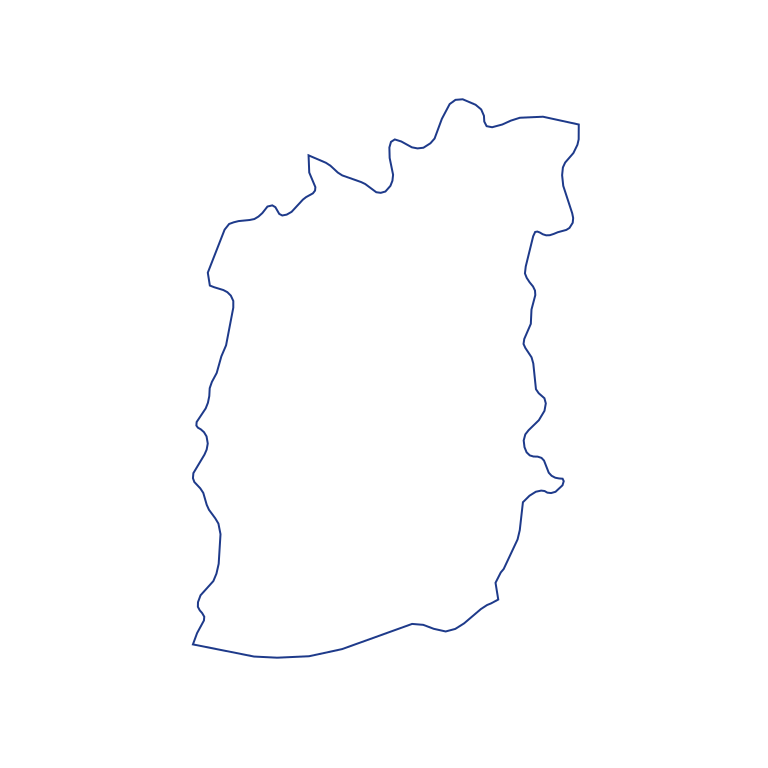 the County of Bacau, rotated 104°
{"feature_id": "ROU-312", "entity_name": "Bacau", "entity_type": "County", "adm_level": 1, "iso_a3": "ROU", "parent_name": "Romania", "parent_adm1": "", "projection": "robinson", "projection_center": [26.661, 46.412], "detail": "fine", "context": "isolated", "style": "outline", "palette": "blue", "viewbox_px": 768, "rotation_deg": 104, "n_neighbors": 0, "source": "natural_earth", "source_scale": "10m", "svg_char_len": 2459}
<svg xmlns="http://www.w3.org/2000/svg" viewBox="0 0 768 768"><g transform="rotate(104 384 384)"><path d="M272.8,576.0L266.2,573.0L263.5,569.0L261.1,564.5L257.4,554.1L255.3,549.7L251.9,546.3L247.6,543.4L240.0,540.0L237.7,535.6L238.7,532.2L244.3,526.8L245.1,523.5L243.2,519.4L239.3,515.3L224.7,507.3L221.5,504.8L216.2,499.1L213.0,497.7L209.6,498.2L196.9,507.7L180.4,512.5L183.4,493.9L185.2,488.7L190.0,480.0L191.7,475.0L193.6,455.0L194.5,450.6L199.8,437.9L199.3,433.4L196.9,429.2L190.2,425.7L184.7,425.0L178.8,425.8L163.3,433.2L153.2,436.0L147.4,435.8L144.1,432.7L144.5,425.9L147.6,414.2L147.3,408.5L145.2,402.9L139.2,397.2L133.6,394.3L112.7,392.0L96.5,388.0L91.0,383.4L88.7,376.5L90.9,362.7L94.1,356.1L99.6,351.9L105.1,350.2L109.0,346.8L108.7,341.2L103.6,332.0L97.8,324.7L92.8,316.6L86.2,294.4L85.1,257.8L99.5,254.3L105.1,254.2L114.1,256.1L125.3,261.8L130.6,262.8L138.3,261.7L148.4,258.0L172.8,242.7L177.2,240.6L181.9,239.9L187.7,241.8L190.4,244.4L194.7,252.1L197.3,255.6L199.5,259.1L200.5,262.6L200.3,266.1L199.3,269.5L199.0,272.1L199.9,274.1L204.5,275.0L235.7,274.9L242.6,274.0L246.5,271.2L250.1,267.3L253.3,263.0L256.8,260.1L261.1,258.7L276.1,258.9L290.1,256.1L306.4,258.8L311.4,258.3L314.8,255.6L322.4,247.3L328.0,244.1L352.3,235.3L355.5,231.7L359.0,224.9L363.7,222.3L371.2,221.8L381.7,225.0L393.8,232.5L398.7,234.7L405.0,234.8L411.3,232.4L415.8,229.1L418.0,225.3L418.2,221.4L417.3,217.3L417.6,213.3L419.6,210.2L430.2,202.7L432.5,199.2L433.5,195.2L433.3,191.4L432.7,187.8L434.8,186.1L439.1,186.3L447.1,191.5L449.4,195.5L449.9,199.2L449.0,202.3L449.4,205.7L451.8,210.6L457.2,215.8L465.1,220.6L493.0,216.9L502.5,216.8L534.5,223.1L538.6,225.1L549.9,227.7L565.5,221.0L571.1,227.2L573.5,230.5L578.9,235.5L596.9,248.4L604.4,255.6L609.2,264.3L609.5,276.5L608.2,287.7L610.0,298.7L651.4,360.6L666.3,390.9L675.4,421.4L679.9,444.2L682.9,506.4L670.9,505.1L657.0,501.5L653.3,502.1L650.3,505.0L648.2,508.0L645.2,510.7L640.7,511.7L633.4,510.9L616.5,501.9L608.6,500.7L598.5,500.9L569.3,506.3L559.5,510.9L555.1,515.3L548.4,523.4L544.1,526.8L533.4,533.0L529.7,537.0L525.0,544.3L521.6,546.6L516.6,547.4L495.9,541.1L490.5,540.2L484.4,540.6L477.8,543.5L474.3,547.0L472.3,550.8L471.4,554.0L469.7,556.0L466.2,556.6L450.8,551.1L444.8,550.3L438.0,550.6L430.2,552.1L423.6,551.5L413.8,549.0L396.5,548.5L384.7,546.6L346.4,548.7L339.9,550.3L335.3,554.0L332.8,558.2L331.7,562.6L331.2,572.1L330.6,576.8L318.6,581.9L272.8,576.0Z" fill="none" stroke="#1e3a8a" stroke-width="2"/></g></svg>